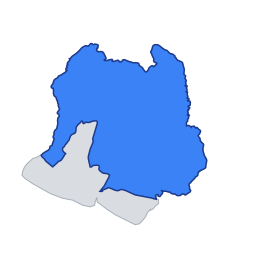 Sipaliwini highlighted on a map of Suriname, rotated 200°
{"feature_id": "SUR-69", "entity_name": "Sipaliwini", "entity_type": "District", "adm_level": 1, "iso_a3": "SUR", "parent_name": "Suriname", "parent_adm1": "", "projection": "albers", "projection_center": [-55.917, 3.687], "detail": "fine", "context": "in_parent", "style": "filled", "palette": "blue", "viewbox_px": 256, "rotation_deg": 200, "n_neighbors": 0, "source": "natural_earth", "source_scale": "10m", "svg_char_len": 7978}
<svg xmlns="http://www.w3.org/2000/svg" viewBox="0 0 256 256"><g transform="rotate(200 128 128)"><path d="M207.2,66.5L203.7,69.5L199.8,73.8L194.7,81.2L194.9,83.5L193.8,85.4L193.6,88.7L193.9,92.4L195.2,94.9L195.8,99.5L194.9,103.7L195.2,106.1L196.3,109.9L197.1,114.0L197.0,115.7L198.3,117.0L199.4,118.3L199.1,122.0L203.1,128.5L205.6,131.3L209.2,134.0L210.5,136.7L212.5,140.0L213.7,140.4L214.4,141.7L213.7,144.2L213.6,147.7L211.3,151.7L206.0,159.2L205.4,160.9L206.8,167.0L206.1,172.1L205.8,174.5L203.2,178.9L197.0,189.7L193.5,191.6L191.3,194.7L190.0,194.7L188.4,195.0L187.9,195.4L186.0,195.4L184.5,194.0L184.2,192.4L183.4,190.5L181.5,190.0L177.9,190.6L176.9,190.2L174.7,188.2L173.0,186.0L172.5,183.9L171.4,184.1L168.6,186.0L166.8,186.4L165.3,185.9L163.7,186.0L159.5,188.1L157.0,188.6L155.3,190.6L143.6,191.5L140.6,192.1L133.7,188.5L131.9,187.4L131.0,187.2L130.2,187.4L129.4,188.2L128.3,192.6L127.2,193.8L125.4,194.8L123.7,196.6L123.3,198.3L126.0,199.3L128.3,202.6L130.8,205.3L132.8,207.6L132.5,210.3L132.2,214.1L130.7,215.4L128.3,216.0L119.5,214.2L112.8,212.6L109.9,212.2L108.7,211.8L107.0,210.4L105.3,209.1L102.5,208.6L99.2,207.8L96.8,204.4L94.3,199.7L93.5,197.5L91.5,195.5L89.6,192.5L89.0,189.9L87.6,187.5L86.8,186.7L85.7,183.4L85.5,182.2L84.9,182.1L84.2,181.0L82.6,177.5L82.3,176.6L81.6,176.3L79.8,173.9L78.4,173.0L77.8,171.8L78.0,168.3L77.2,166.7L77.0,163.5L76.9,162.2L76.2,160.7L75.0,159.8L74.7,157.5L74.5,151.8L73.9,150.8L68.7,150.8L68.2,151.4L65.9,151.7L63.4,151.8L61.2,151.0L59.3,150.0L58.9,148.7L59.2,144.8L56.2,141.7L51.5,138.0L50.0,133.3L48.3,130.3L43.0,124.1L42.1,119.9L42.1,116.9L44.0,114.2L46.6,109.3L47.6,105.0L48.4,102.7L49.8,99.7L51.0,95.8L50.1,93.4L48.5,91.1L48.0,89.4L49.5,86.8L51.1,85.0L52.8,84.8L55.0,83.7L56.7,82.1L59.4,81.7L62.7,81.6L69.4,81.6L72.8,80.9L73.9,79.7L73.7,77.3L75.4,75.1L77.2,74.2L78.0,73.5L78.1,72.7L77.6,71.9L76.9,71.5L75.0,71.3L73.4,67.5L74.5,65.9L76.0,62.9L76.4,61.2L78.6,58.5L79.2,59.3L80.9,54.4L81.1,50.5L82.5,46.5L84.5,41.9L88.2,39.6L109.5,42.0L119.2,44.2L131.7,48.0L133.5,52.1L133.6,48.0L133.0,43.9L136.4,41.0L144.1,39.9L155.4,41.3L165.2,39.6L178.5,39.8L198.7,43.1L207.8,45.4L211.5,47.4L212.2,51.1L211.9,55.9L210.4,60.4L207.2,66.5Z" fill="#d9dde1" stroke="#a8b0b8" stroke-width="1"/><path d="M210.6,153.6L209.2,154.6L208.1,156.3L206.5,158.2L205.9,159.2L205.1,161.3L206.0,161.2L206.5,161.8L206.6,162.8L206.5,163.7L206.0,164.0L205.9,164.2L206.5,164.7L206.9,166.3L206.7,166.6L206.2,166.9L206.4,167.4L206.9,168.0L207.1,168.0L207.1,168.6L206.8,169.9L206.1,171.0L205.9,172.0L206.0,172.3L206.8,173.0L206.3,173.3L206.0,173.6L205.0,176.3L202.0,180.5L200.5,183.5L198.8,187.7L198.1,188.7L196.1,190.8L195.6,191.0L194.0,191.1L193.1,191.6L192.0,194.5L191.5,194.8L190.7,194.9L189.3,194.5L188.6,194.6L188.0,195.4L187.2,195.7L185.5,195.9L184.7,195.7L184.2,195.5L184.1,194.3L183.7,193.3L183.9,192.5L184.5,192.4L184.6,192.1L184.3,191.2L184.2,190.3L183.5,189.8L182.5,189.5L181.8,189.5L180.4,190.3L178.3,190.9L176.7,190.3L172.5,186.2L172.4,185.8L172.5,185.3L173.3,184.4L173.6,183.8L173.4,183.4L172.6,183.5L170.9,184.2L170.0,184.8L168.4,186.1L166.5,187.0L166.2,187.0L165.8,186.6L166.0,185.8L165.8,185.4L164.3,185.5L160.9,188.2L159.9,188.1L159.4,187.5L158.8,187.2L158.0,187.3L157.3,187.6L156.6,188.3L156.2,189.9L155.9,190.5L154.7,191.0L153.1,191.0L151.5,190.8L149.9,190.8L147.5,191.0L145.8,190.9L144.2,191.6L140.9,192.5L140.0,192.3L139.6,191.9L138.8,190.6L138.4,190.4L135.4,189.7L134.7,189.3L132.3,187.4L131.4,186.9L130.4,186.8L129.9,187.0L129.6,187.2L129.3,187.9L128.8,189.8L128.8,191.6L128.6,192.4L127.0,194.6L126.5,194.8L126.0,194.8L125.3,194.4L124.8,194.5L124.2,195.2L123.6,196.4L123.1,197.7L122.9,198.4L123.4,198.8L125.3,198.9L126.1,199.1L126.9,199.8L127.3,201.5L127.8,202.4L129.3,203.5L130.9,205.5L132.3,206.7L132.6,207.2L132.8,207.7L132.4,209.0L132.5,210.9L132.7,212.6L132.5,214.2L131.1,215.6L128.3,216.4L125.7,215.8L123.0,214.8L120.3,214.1L118.2,214.2L117.5,214.1L114.4,212.4L113.6,212.3L111.5,212.7L110.9,212.6L108.7,211.8L108.3,210.9L107.9,210.6L107.0,210.3L106.4,209.8L106.1,209.4L104.5,208.6L100.4,208.5L99.2,208.1L95.1,202.3L94.1,198.2L93.5,197.4L91.8,196.8L91.6,196.4L91.6,194.9L91.2,193.9L89.6,192.6L89.3,191.8L89.7,190.8L89.5,190.4L88.8,189.7L88.4,188.7L88.8,187.4L88.4,187.0L87.6,187.6L87.0,187.8L86.7,187.5L86.9,186.0L86.8,185.7L85.6,184.1L85.5,183.4L85.8,182.3L85.6,181.8L84.7,182.3L84.3,182.0L84.1,180.3L83.7,179.5L82.6,178.4L82.4,177.8L82.8,176.9L82.9,176.4L82.5,176.2L80.9,176.5L80.6,175.7L81.4,174.2L81.1,173.9L79.3,174.5L78.8,174.3L78.5,173.5L78.1,173.3L77.4,170.7L78.5,169.7L78.9,169.1L78.7,168.5L77.3,168.4L76.8,168.0L77.3,167.1L77.1,165.9L77.3,165.7L77.9,165.8L78.0,165.6L77.7,164.4L77.3,163.5L76.6,162.8L76.2,162.0L76.8,160.8L76.6,160.5L75.9,161.0L75.5,161.1L75.1,161.1L74.6,160.7L75.0,160.1L75.1,159.6L74.5,158.2L74.9,156.3L74.3,155.0L74.8,154.2L74.9,152.8L74.7,152.2L73.7,150.0L72.3,151.0L71.2,151.2L68.7,150.3L68.8,151.1L68.5,151.4L67.3,151.8L66.6,152.4L66.3,152.0L65.4,151.8L64.6,151.2L64.0,151.1L63.6,152.0L63.2,152.0L62.8,151.9L60.7,150.8L59.2,150.4L58.8,150.0L58.6,149.0L58.8,147.6L58.7,146.8L59.4,145.5L59.4,144.8L58.8,144.0L57.6,143.3L57.0,143.1L56.3,142.0L56.0,140.9L54.4,139.9L52.3,139.0L51.6,138.6L51.1,137.8L50.9,136.9L50.8,135.0L50.6,134.2L49.7,132.2L47.5,129.1L46.8,128.2L44.1,126.0L43.0,124.7L42.6,123.2L42.1,119.6L41.5,117.8L41.6,116.9L42.2,116.0L45.9,112.2L46.4,111.5L46.7,110.7L46.8,109.6L46.3,107.6L46.4,106.8L47.8,105.1L48.1,103.7L48.9,101.8L49.6,100.6L50.3,98.4L51.0,97.3L51.4,96.6L51.4,95.8L51.1,95.0L49.9,93.6L49.4,91.8L48.0,91.0L47.6,90.4L47.9,89.0L48.6,88.0L50.0,86.4L50.8,85.0L51.1,84.7L51.7,84.6L53.0,85.0L54.1,84.9L54.6,84.5L55.2,83.3L56.3,82.2L57.8,81.5L59.3,81.4L61.0,82.1L62.9,81.5L64.9,81.2L66.1,82.1L67.3,81.9L70.7,81.5L71.8,81.2L72.9,80.7L73.5,80.7L74.5,80.9L75.0,80.7L73.4,79.3L73.2,78.8L73.4,77.7L74.1,76.3L74.3,75.1L74.6,74.5L75.1,74.3L75.8,74.3L76.4,74.5L76.7,74.9L77.0,75.7L78.3,75.1L78.8,74.6L79.0,74.0L78.7,73.1L77.3,71.4L77.0,70.7L79.1,70.4L81.6,70.3L98.5,67.6L108.7,68.4L112.7,68.2L113.9,67.5L115.5,66.0L116.2,65.6L117.0,65.3L119.5,65.1L123.7,65.4L126.2,65.2L126.6,65.0L127.4,63.6L128.2,63.4L129.0,62.3L130.7,61.3L130.7,60.9L130.3,60.2L130.4,59.8L131.0,59.4L132.7,58.9L130.5,65.6L129.2,75.3L129.2,77.4L131.7,78.0L132.1,78.0L134.2,77.4L136.1,77.1L136.9,77.2L139.6,78.1L140.6,78.7L141.1,79.2L141.4,79.6L141.6,81.3L142.0,82.2L142.4,82.6L142.9,82.7L144.7,82.4L147.8,80.9L148.2,80.5L148.5,79.8L149.2,78.8L150.2,78.4L154.5,85.1L155.1,86.4L155.6,88.0L156.3,95.0L156.0,103.5L156.6,104.1L157.1,105.1L157.5,106.4L158.4,121.3L158.7,122.8L158.9,123.2L159.7,123.7L160.6,123.8L161.0,123.7L163.7,122.2L166.0,120.2L166.5,119.9L167.4,119.5L169.2,119.2L169.6,118.9L170.8,117.3L171.1,117.0L171.4,116.9L171.7,117.0L172.2,117.5L173.0,118.6L173.4,118.8L173.8,118.6L174.1,118.3L174.8,116.4L175.9,114.5L176.9,111.6L176.8,110.3L175.9,107.1L175.9,105.6L176.4,104.6L177.9,103.3L178.7,102.4L179.1,101.4L179.3,100.5L179.3,96.2L180.0,94.5L180.4,92.6L181.3,90.7L181.5,88.7L182.5,86.9L182.4,86.0L181.8,84.7L180.7,83.7L177.8,82.6L178.5,80.6L178.9,78.1L179.8,74.9L180.0,74.6L180.3,74.2L181.8,72.8L182.1,72.5L182.6,71.1L185.5,65.7L193.8,68.7L196.7,70.7L198.3,71.2L199.2,71.7L200.3,72.7L199.8,73.4L199.3,75.1L198.4,75.9L197.9,76.9L195.6,79.5L194.9,80.7L194.5,82.1L194.9,83.8L194.8,84.5L193.4,85.5L193.3,85.9L193.6,86.9L193.6,92.2L193.7,92.7L194.9,93.3L195.4,94.1L195.3,96.7L195.9,98.1L196.0,98.6L196.0,100.3L195.8,101.1L194.9,102.6L194.8,103.7L195.5,108.3L196.8,111.0L197.2,112.8L197.3,113.9L196.5,115.4L196.7,116.1L197.2,116.7L197.7,117.1L199.1,117.4L199.6,117.8L199.7,118.7L198.9,121.4L198.9,122.5L199.3,123.2L200.8,124.5L201.1,124.9L201.5,126.4L202.7,127.6L203.7,129.5L204.5,129.9L204.7,130.3L204.9,130.3L205.6,131.6L206.0,132.1L206.7,132.5L208.2,132.9L208.6,133.2L210.0,135.0L210.8,138.0L211.8,139.5L211.9,139.8L213.2,139.5L213.6,139.6L214.2,140.2L214.5,140.8L214.4,141.4L214.1,142.4L213.7,144.2L213.9,147.4L213.2,149.1L211.6,150.7L211.1,152.8L210.6,153.6Z" fill="#3b82f6" stroke="#1e3a8a" stroke-width="1.5"/></g></svg>